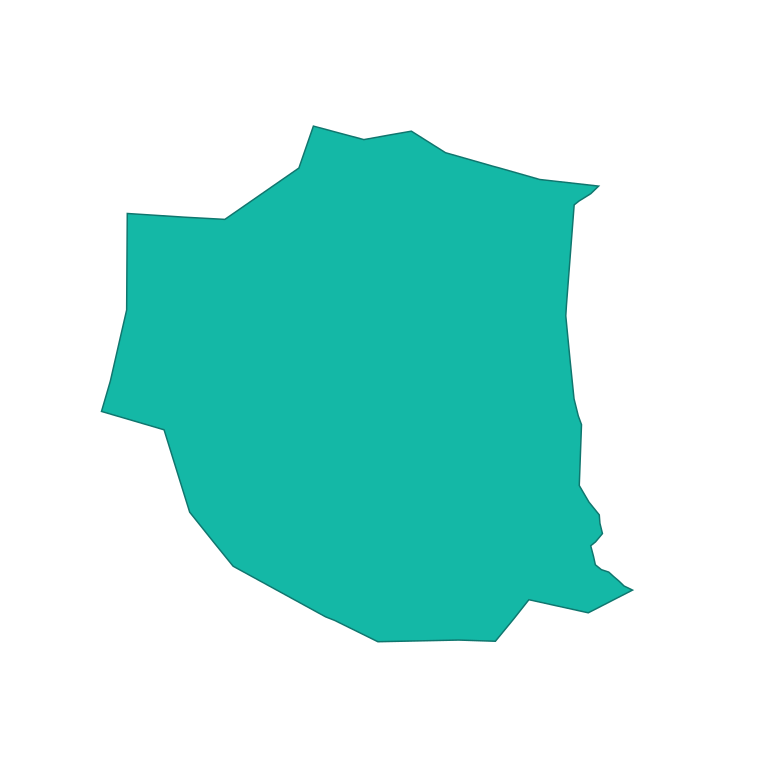 the district of Massapê do Piauí, Piauí, Brazil, rotated 13°
{"feature_id": "56859067B40458621475614", "entity_name": "Massapê do Piauí", "entity_type": "district", "adm_level": 2, "iso_a3": "BRA", "parent_name": "Brazil", "parent_adm1": "Piauí", "projection": "robinson", "projection_center": [-41.055, -7.533], "detail": "fine", "context": "isolated", "style": "filled", "palette": "teal", "viewbox_px": 768, "rotation_deg": 13, "n_neighbors": 0, "source": "geoboundaries", "source_scale": "gbopen_adm2", "svg_char_len": 877}
<svg xmlns="http://www.w3.org/2000/svg" viewBox="0 0 768 768"><g transform="rotate(13 384 384)"><path d="M548.6,142.9L489.7,149.7L446.8,147.5L440.9,147.3L391.9,144.8L378.7,140.2L353.8,131.5L334.8,139.5L309.4,150.4L277.5,149.3L257.2,148.6L252.5,192.7L199.8,250.7L191.9,259.4L152.3,266.3L95.5,275.6L116.6,369.8L116.6,396.8L116.7,442.8L114.9,474.3L180.0,478.1L223.5,552.6L254.7,577.3L278.0,595.5L379.4,624.0L388.8,625.4L436.0,636.5L514.3,616.7L550.4,609.6L563.3,583.6L573.7,561.6L604.0,561.3L634.5,561.0L672.5,528.9L663.3,526.8L657.5,523.3L651.0,519.9L645.3,516.7L637.6,516.0L630.6,512.6L626.9,504.8L621.8,495.1L625.6,490.3L630.5,480.6L625.7,471.1L623.2,463.1L610.3,453.0L597.1,439.0L585.6,379.2L580.5,371.4L572.5,355.7L559.7,318.2L549.5,287.8L545.8,276.7L544.0,265.9L529.0,166.7L532.9,161.8L542.7,152.0L548.6,142.9Z" fill="#14b8a6" stroke="#0f766e" stroke-width="1.5"/></g></svg>